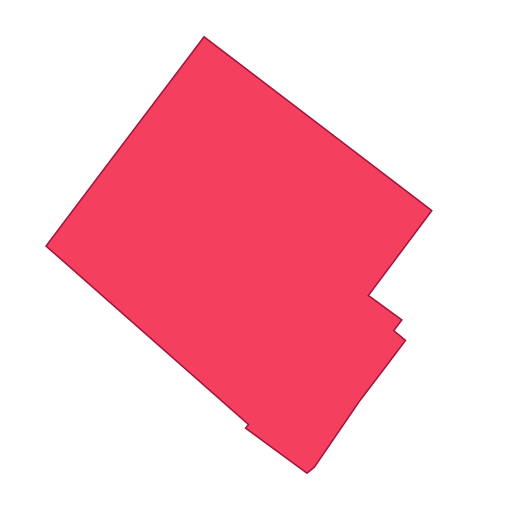 outline of Hardin, Ohio, United States of America, rotated 37°
{"feature_id": "52423323B45782198481298", "entity_name": "Hardin", "entity_type": "district", "adm_level": 2, "iso_a3": "USA", "parent_name": "United States of America", "parent_adm1": "Ohio", "projection": "robinson", "projection_center": [-83.573, 40.662], "detail": "fine", "context": "isolated", "style": "filled", "palette": "rose", "viewbox_px": 512, "rotation_deg": 37, "n_neighbors": 0, "source": "geoboundaries", "source_scale": "gbopen_adm2", "svg_char_len": 382}
<svg xmlns="http://www.w3.org/2000/svg" viewBox="0 0 512 512"><g transform="rotate(37 256 256)"><path d="M427.4,398.8L429.7,389.4L426.0,309.6L426.2,272.8L426.2,233.4L410.9,232.7L411.0,219.3L369.5,219.9L369.1,114.0L354.4,113.8L82.6,112.2L82.3,271.8L82.3,368.3L82.4,374.5L100.3,375.8L351.4,395.1L351.3,399.8L427.4,398.8Z" fill="#f43f5e" stroke="#9f1239" stroke-width="1.5"/></g></svg>